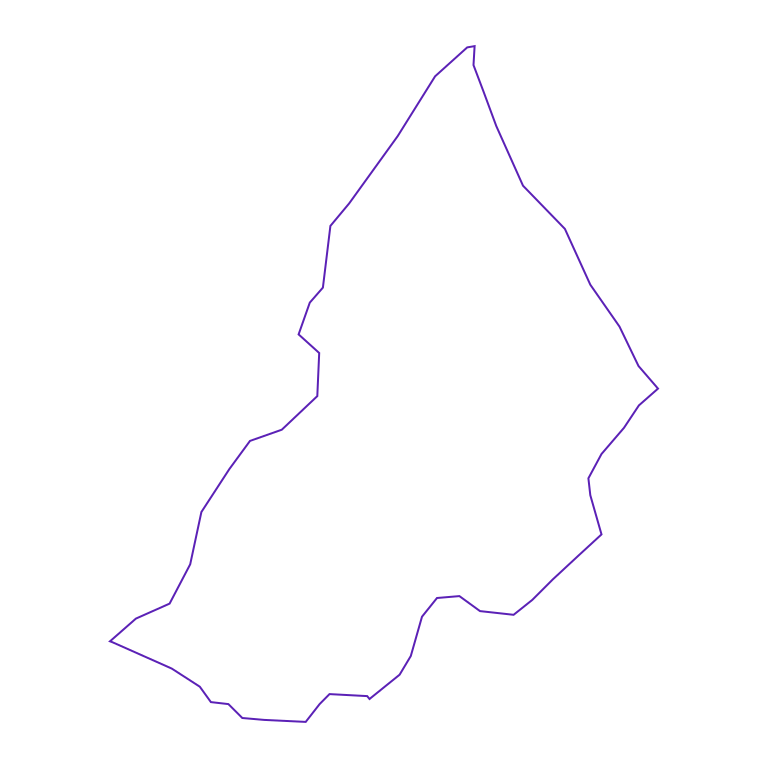 outline of Hedemora, Dalarna, Sweden
{"feature_id": "70781695B75139337401174", "entity_name": "Hedemora", "entity_type": "district", "adm_level": 2, "iso_a3": "SWE", "parent_name": "Sweden", "parent_adm1": "Dalarna", "projection": "mercator", "projection_center": [16.062, 60.408], "detail": "fine", "context": "isolated", "style": "outline", "palette": "violet", "viewbox_px": 768, "rotation_deg": 0, "n_neighbors": 0, "source": "geoboundaries", "source_scale": "gbopen_adm2", "svg_char_len": 805}
<svg xmlns="http://www.w3.org/2000/svg" viewBox="0 0 768 768"><path d="M474.6,46.1L467.2,47.4L435.1,76.3L397.7,136.1L349.1,203.5L330.4,225.9L322.9,287.6L309.8,302.6L298.6,334.4L319.2,353.0L317.3,396.1L281.8,429.7L250.0,440.9L229.4,469.0L201.4,512.0L190.2,564.3L169.6,603.6L135.9,618.6L110.0,641.3L112.6,642.3L171.8,668.6L199.8,686.7L210.9,702.1L228.4,704.1L242.3,718.0L264.1,719.9L305.7,721.9L319.6,704.1L329.5,694.1L367.2,696.1L369.5,699.0L399.6,674.7L410.8,656.0L422.0,616.7L437.0,598.0L459.4,596.1L480.0,611.1L513.6,614.8L532.3,599.9L552.9,579.3L579.1,555.0L601.5,534.4L590.3,495.2L588.4,478.3L601.5,454.0L624.0,427.8L638.9,405.4L658.0,388.6L638.5,366.0L619.5,326.6L590.3,284.7L564.9,228.9L523.0,185.7L496.3,126.1L483.6,91.8L473.5,65.1L474.6,46.1Z" fill="none" stroke="#5b21b6" stroke-width="2"/></svg>